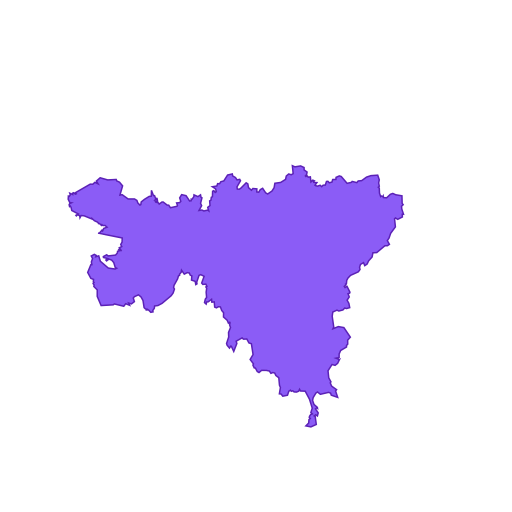 outline of Ayutla, Jalisco, Mexico, rotated 230°
{"feature_id": "50627088B89309847194921", "entity_name": "Ayutla", "entity_type": "district", "adm_level": 2, "iso_a3": "MEX", "parent_name": "Mexico", "parent_adm1": "Jalisco", "projection": "mercator", "projection_center": [-104.414, 20.041], "detail": "fine", "context": "isolated", "style": "filled", "palette": "violet", "viewbox_px": 512, "rotation_deg": 230, "n_neighbors": 0, "source": "geoboundaries", "source_scale": "gbopen_adm2", "svg_char_len": 6154}
<svg xmlns="http://www.w3.org/2000/svg" viewBox="0 0 512 512"><g transform="rotate(230 256 256)"><path d="M310.4,115.2L310.3,116.7L302.5,122.4L303.2,125.5L299.5,127.5L301.9,128.2L299.4,129.7L299.2,133.5L302.7,135.0L303.0,136.7L301.8,141.0L298.5,141.6L294.5,140.8L288.4,137.1L286.4,137.3L285.3,138.3L285.0,137.5L283.8,139.0L280.5,139.2L279.4,141.2L280.6,141.9L281.3,144.5L282.9,146.2L281.1,149.0L280.1,153.6L280.1,165.5L280.9,168.7L283.1,172.3L284.8,172.6L286.2,174.3L288.9,181.3L290.6,183.8L290.3,185.0L291.2,185.7L291.6,188.2L293.0,189.8L288.2,189.4L287.5,192.6L285.8,194.0L283.5,193.3L282.1,194.1L279.0,191.1L275.7,193.1L272.8,191.5L272.6,192.9L274.1,193.8L277.8,199.9L277.2,201.7L273.8,203.2L270.2,197.0L268.4,197.0L266.7,199.5L264.3,198.9L264.5,197.7L263.0,197.5L260.4,194.6L256.0,191.5L255.6,189.5L253.4,186.6L251.2,186.9L252.5,188.7L251.6,190.0L251.4,194.1L249.0,192.5L247.7,194.5L243.4,191.5L241.7,192.4L241.3,194.6L239.9,196.0L236.3,194.7L233.4,194.7L230.2,191.9L225.3,192.6L222.3,191.7L222.1,193.3L221.5,193.2L220.2,191.5L217.6,190.5L215.1,185.8L211.5,183.0L207.9,177.2L206.2,176.5L202.5,176.5L203.2,178.8L202.7,179.1L197.2,177.6L201.3,185.1L203.5,186.0L202.2,192.7L200.4,192.9L198.3,195.6L193.9,194.7L191.8,196.1L182.4,190.4L180.5,185.0L175.0,184.7L174.4,183.5L171.4,182.7L170.5,183.5L166.7,182.7L164.8,183.4L164.8,186.8L161.7,190.4L159.3,192.3L156.5,192.0L155.9,194.0L154.3,195.1L151.7,194.4L148.1,195.2L141.9,190.9L139.6,190.2L135.4,185.3L134.1,186.5L131.4,186.4L129.1,190.6L131.3,194.2L131.1,196.1L129.7,196.1L129.1,197.5L127.4,197.8L125.7,199.6L125.0,201.8L125.9,203.7L124.0,203.3L120.8,206.8L111.9,204.9L103.3,201.3L100.8,197.4L98.8,197.7L99.4,196.0L98.9,194.2L98.2,193.1L96.6,193.1L96.7,191.5L94.2,189.0L93.8,185.0L89.8,188.2L88.2,193.9L95.0,198.2L96.1,197.8L96.0,199.7L94.0,200.2L95.8,202.8L100.7,203.3L100.7,205.0L99.8,205.2L100.6,205.7L105.0,205.0L109.0,206.5L110.8,208.8L112.5,213.8L112.3,215.7L108.7,216.4L104.9,223.9L103.0,225.0L101.0,224.2L95.2,227.7L101.5,230.2L101.8,231.8L107.7,230.3L111.1,231.3L111.4,232.5L115.9,233.4L121.8,237.4L124.0,244.5L121.4,246.3L121.3,249.5L122.9,253.1L123.0,252.4L124.2,252.8L126.3,251.6L124.8,254.4L127.5,256.7L129.2,260.1L128.1,266.8L129.3,267.9L129.5,269.6L132.6,272.1L133.2,276.1L144.7,277.3L149.0,273.7L150.8,268.2L151.6,269.9L160.8,275.6L163.7,278.8L162.5,283.2L160.6,284.1L158.8,287.9L159.1,290.5L157.6,291.5L156.2,294.6L160.0,296.7L163.6,297.4L164.7,301.1L168.0,302.3L167.4,303.9L167.9,304.7L174.2,306.2L174.6,303.9L176.0,304.1L176.1,306.4L176.9,306.6L176.7,307.5L179.0,309.8L180.0,312.3L180.4,316.0L178.1,324.2L178.8,327.0L180.8,328.1L182.4,330.6L181.8,334.1L178.7,333.1L178.4,335.9L179.9,339.2L180.6,344.3L183.3,347.6L181.0,350.7L181.0,361.3L179.4,363.3L179.2,365.7L183.4,366.5L184.2,369.4L186.8,373.7L188.7,381.5L195.5,386.1L195.5,387.3L193.0,388.1L191.8,393.2L193.9,394.8L193.1,395.8L198.3,397.9L200.6,399.5L200.7,401.7L202.4,401.8L208.3,406.5L213.1,402.4L216.0,401.0L216.9,398.6L216.6,393.5L218.8,391.2L220.2,392.0L219.9,391.3L221.4,390.6L221.4,389.7L224.8,391.0L228.8,394.1L230.1,393.9L230.2,395.3L233.1,396.9L235.1,399.4L239.7,401.2L243.7,395.7L245.4,391.4L245.8,385.4L247.8,382.5L247.4,380.4L251.3,377.6L251.1,376.4L253.1,372.5L262.1,372.4L263.8,371.3L264.8,367.9L263.3,366.4L265.3,363.9L263.8,361.7L265.0,359.2L267.0,359.1L267.8,357.9L265.8,354.7L267.1,352.9L266.9,350.9L269.0,350.6L269.9,348.1L271.5,346.9L272.3,346.7L273.1,349.8L275.2,347.6L276.1,347.9L276.1,349.0L277.6,348.3L277.4,345.7L281.7,348.5L282.8,346.7L284.6,346.7L284.8,345.3L285.6,345.3L285.9,347.2L287.5,349.1L291.0,348.2L292.9,349.7L296.3,348.1L299.3,343.1L301.8,341.9L295.2,337.4L295.6,335.2L297.8,333.8L297.8,330.6L295.7,327.9L296.5,322.2L299.6,317.2L296.7,313.8L295.5,310.0L296.0,304.8L298.2,304.0L303.6,304.6L304.1,301.9L303.1,299.1L304.6,297.8L306.9,299.8L309.7,297.0L309.3,294.8L313.2,294.2L316.5,296.1L318.4,295.5L317.7,288.0L317.9,286.1L319.3,284.7L321.2,285.9L323.6,292.5L325.2,292.8L326.5,290.4L329.3,290.7L332.4,289.6L334.1,290.6L336.3,286.3L334.2,279.6L335.5,276.8L334.8,274.6L336.1,273.1L334.8,271.0L337.1,267.1L333.4,268.2L330.8,266.9L330.9,265.6L333.2,265.7L333.5,264.4L329.4,260.7L329.7,259.5L327.7,257.3L328.0,255.9L324.2,253.2L324.3,250.3L321.0,248.8L322.2,248.5L324.0,245.0L326.0,244.1L327.5,241.6L329.5,246.7L332.0,247.4L335.3,252.0L336.3,251.6L338.5,252.8L338.8,249.7L342.7,247.8L341.4,246.6L340.6,243.4L341.2,242.9L340.0,241.9L340.8,240.5L347.2,241.2L350.8,238.5L349.6,234.9L346.2,233.5L346.0,231.8L347.7,229.3L345.3,228.4L344.9,227.4L348.0,221.5L351.1,221.8L352.0,220.7L357.0,219.6L357.8,218.7L358.0,215.2L359.4,215.4L361.8,213.8L362.5,214.0L360.9,215.6L362.8,216.7L363.8,215.0L364.0,216.9L364.9,216.2L367.5,217.1L368.2,216.3L373.5,218.1L369.1,214.2L370.3,212.5L371.1,207.0L371.2,202.8L369.4,200.8L369.6,199.8L372.7,199.6L375.1,200.5L377.8,199.6L381.9,194.7L389.0,192.9L390.1,190.9L395.5,198.9L400.3,198.9L403.0,197.6L404.5,198.1L409.6,191.3L416.1,186.9L416.0,181.9L412.8,181.4L416.0,179.9L415.9,177.1L417.6,175.2L420.6,158.3L419.2,158.3L419.4,157.5L421.8,156.8L422.0,155.9L420.9,155.1L423.8,153.7L422.2,153.0L421.7,151.2L422.5,150.8L420.2,148.6L416.7,147.7L415.4,148.8L415.9,147.0L415.4,145.8L413.8,145.0L413.8,145.8L412.1,145.6L409.3,144.1L402.5,146.9L402.9,144.2L402.2,144.2L402.3,145.9L400.1,146.8L398.5,145.8L399.4,148.1L397.2,150.2L389.8,154.1L390.2,154.5L386.9,154.9L383.7,156.4L382.3,156.4L382.4,155.7L381.6,156.9L378.8,157.3L379.1,158.1L377.8,158.3L376.4,160.0L373.8,160.4L375.0,157.1L373.8,154.6L374.8,154.6L374.2,150.6L375.1,149.7L355.8,165.1L352.7,162.3L351.8,159.8L349.5,159.2L350.2,156.6L346.2,156.2L349.2,155.8L349.1,154.9L347.7,155.0L348.6,153.0L347.4,151.7L347.0,149.0L351.1,142.8L352.9,142.4L353.7,138.7L352.9,138.2L349.6,140.6L349.4,138.4L348.3,138.4L348.2,140.4L349.2,140.8L345.6,142.8L342.4,142.8L337.7,140.8L336.2,141.4L336.6,139.7L341.7,135.1L352.0,133.4L357.2,135.6L358.4,132.8L359.1,134.0L361.2,133.2L361.9,129.8L359.1,129.2L357.3,126.1L354.9,124.7L355.5,123.9L351.6,116.5L345.0,115.1L342.5,116.5L340.7,114.7L339.9,114.9L339.6,113.5L337.9,113.4L336.9,112.2L332.1,112.6L327.1,108.4L317.6,105.5L310.4,115.2Z" fill="#8b5cf6" stroke="#5b21b6" stroke-width="1.5"/></g></svg>